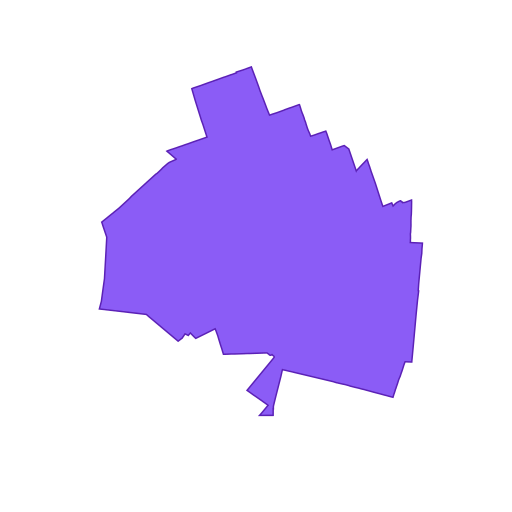 the district of Maglavit, Dolj, Romania, rotated 340°
{"feature_id": "2599482B52050462021094", "entity_name": "Maglavit", "entity_type": "district", "adm_level": 2, "iso_a3": "ROU", "parent_name": "Romania", "parent_adm1": "Dolj", "projection": "albers", "projection_center": [23.135, 44.034], "detail": "fine", "context": "isolated", "style": "filled", "palette": "violet", "viewbox_px": 512, "rotation_deg": 340, "n_neighbors": 0, "source": "geoboundaries", "source_scale": "gbopen_adm2", "svg_char_len": 4965}
<svg xmlns="http://www.w3.org/2000/svg" viewBox="0 0 512 512"><g transform="rotate(340 256 256)"><path d="M366.1,408.9L373.3,393.7L386.7,365.2L392.8,352.5L396.7,344.9L396.9,344.3L396.6,344.2L396.7,343.8L399.4,337.7L410.4,314.5L412.6,310.4L414.5,305.8L416.1,302.4L416.8,300.8L407.4,296.9L405.6,296.1L405.8,295.8L406.3,294.5L406.7,293.4L407.2,292.3L407.7,290.9L408.2,289.4L408.6,288.1L409.1,287.2L409.5,286.4L410.2,284.7L411.0,282.8L411.8,281.0L412.4,279.4L412.8,278.2L413.3,276.9L413.7,275.7L414.1,274.8L415.1,272.3L416.2,270.0L417.3,267.3L418.7,263.7L420.8,258.2L421.3,256.6L418.5,256.6L417.4,256.6L415.9,256.6L414.5,256.6L413.4,256.4L412.6,256.1L412.0,256.0L411.9,255.2L411.4,254.9L411.1,254.6L411.0,254.3L410.9,253.9L410.9,253.6L410.5,253.5L409.5,253.5L408.1,253.7L406.7,253.9L404.5,254.6L402.7,255.5L401.9,255.9L401.7,252.5L392.2,252.8L392.2,250.8L392.3,246.6L393.0,228.7L393.1,218.2L393.1,215.3L393.2,214.4L393.2,213.5L393.2,212.6L393.3,211.7L393.3,210.7L393.3,209.8L393.3,208.9L393.3,208.0L393.3,207.1L393.4,206.2L393.4,205.2L393.4,204.2L393.4,203.5L393.4,203.3L392.6,203.7L392.3,203.8L391.8,204.1L391.3,204.3L390.8,204.6L390.3,204.8L389.8,205.1L389.3,205.3L388.8,205.6L388.2,205.8L387.7,206.1L387.1,206.4L386.6,206.6L386.1,206.9L385.5,207.2L385.0,207.4L384.4,207.7L383.9,208.0L383.3,208.3L382.8,208.6L382.2,208.8L381.7,209.1L381.1,209.4L380.6,209.7L380.0,210.0L379.4,210.2L379.3,210.3L379.8,187.2L376.7,182.4L374.7,182.3L363.9,182.3L364.0,180.6L364.2,176.2L364.2,173.1L364.3,168.7L364.4,165.2L364.3,162.5L362.7,162.5L361.6,162.4L358.9,162.4L356.5,162.3L352.0,162.3L348.3,162.1L348.3,159.4L348.1,156.8L348.0,155.0L348.0,153.3L348.1,150.8L348.2,148.6L348.3,147.4L348.3,145.8L348.2,144.6L348.4,143.1L348.4,140.6L348.4,138.9L348.3,137.7L348.3,136.3L348.3,134.9L348.5,131.7L348.6,128.6L348.3,128.5L348.2,128.5L346.6,128.5L345.0,128.5L343.4,128.5L341.7,128.5L340.0,128.5L338.3,128.4L336.5,128.4L334.7,128.4L332.9,128.4L332.5,128.5L332.1,128.5L331.6,128.5L331.2,128.5L329.1,128.5L328.8,128.5L328.3,128.5L327.7,128.5L327.2,128.5L326.6,128.5L326.0,128.5L325.4,128.5L324.8,128.5L324.5,128.5L324.4,128.5L324.1,128.5L323.9,128.5L323.7,128.5L323.4,128.5L323.2,128.5L323.1,128.4L322.9,128.4L322.6,128.4L321.4,128.4L320.5,128.3L320.1,128.3L319.8,128.3L319.4,128.3L319.0,128.3L318.7,128.3L318.3,128.3L317.9,128.3L317.5,128.3L317.2,128.2L316.9,128.2L316.7,123.6L316.6,120.5L316.6,118.0L316.5,110.6L316.4,107.8L316.3,101.7L316.4,97.8L316.4,93.7L316.4,89.2L316.3,80.1L316.3,76.7L307.3,76.7L300.3,76.4L300.2,76.6L300.2,76.9L300.2,77.2L299.9,77.2L299.3,77.2L298.7,77.2L298.0,77.2L297.4,77.2L296.7,77.2L296.0,77.2L295.4,77.2L294.7,77.1L294.0,77.1L293.3,77.1L292.7,77.1L292.0,77.1L291.3,77.1L290.6,77.1L290.0,77.1L289.8,77.1L289.3,77.1L288.6,77.1L288.0,77.1L287.3,77.0L286.7,77.0L286.0,77.0L280.9,77.0L269.4,76.9L261.8,76.9L254.5,76.7L252.9,76.8L252.4,84.1L252.1,88.6L251.3,105.9L251.1,109.7L251.1,114.3L250.6,127.5L247.8,127.5L236.1,127.3L230.4,127.3L227.8,127.2L224.0,127.2L221.0,127.1L218.6,127.1L214.4,127.0L212.5,126.9L209.1,126.9L208.1,127.0L208.3,127.4L210.8,131.7L211.5,133.0L212.4,134.6L213.2,136.1L213.5,136.5L214.2,137.7L214.1,137.8L212.5,138.0L207.7,138.3L206.5,138.4L204.6,138.9L198.6,141.2L196.4,142.3L193.7,143.5L191.1,144.6L189.9,144.8L188.4,145.4L159.6,157.2L156.2,158.9L148.6,162.1L143.8,164.1L122.6,171.4L122.6,173.3L122.5,174.2L122.2,186.9L122.1,187.5L115.2,203.7L105.8,225.6L100.7,235.2L95.2,245.7L90.7,252.2L133.0,273.4L134.9,276.9L153.7,309.4L157.9,308.1L158.4,308.0L162.7,304.9L165.2,307.5L166.0,307.0L168.0,305.9L168.7,307.5L170.1,310.6L171.1,312.6L171.2,312.8L182.2,311.6L192.7,310.4L192.8,312.7L192.8,315.2L192.8,317.9L192.6,320.9L192.4,324.6L192.3,326.3L192.2,328.8L192.1,332.1L192.0,333.4L191.8,337.2L194.7,338.2L199.2,339.6L202.2,340.7L206.2,342.0L210.8,343.5L214.3,344.6L216.8,345.5L222.7,347.4L225.8,348.4L228.9,349.4L232.2,350.5L233.1,350.8L234.4,352.6L234.7,353.3L235.1,353.9L235.8,354.3L236.6,354.3L237.3,354.1L237.7,354.9L238.5,356.2L238.6,356.7L238.6,357.0L238.5,357.3L238.3,357.5L233.8,360.2L201.6,379.2L203.5,381.9L206.2,385.9L207.9,388.2L215.8,399.6L216.3,400.4L207.4,405.6L204.8,407.0L217.6,411.6L219.9,405.4L220.1,405.5L220.5,404.3L220.9,403.3L221.5,402.3L222.3,401.1L223.1,399.9L226.3,395.1L238.1,377.8L241.5,372.5L242.0,371.8L243.1,372.6L244.3,373.3L259.2,383.1L285.6,400.5L288.3,402.6L288.9,402.9L290.7,404.1L292.1,405.0L293.5,405.9L295.8,407.3L298.9,409.5L299.8,410.3L302.3,412.0L304.5,413.5L306.1,414.5L306.8,415.0L307.2,415.2L308.0,415.8L309.8,417.1L312.0,418.5L313.9,419.9L315.8,421.2L317.9,422.7L319.7,424.0L322.3,425.8L325.5,428.0L327.9,429.7L329.0,430.5L331.1,431.9L332.6,433.0L334.9,434.6L336.4,435.6L337.0,434.8L338.2,433.2L339.2,432.0L340.9,429.8L341.2,429.3L342.2,428.2L343.5,426.5L344.1,425.8L345.7,423.8L347.5,421.4L349.2,419.5L350.3,418.4L352.0,416.2L353.6,414.3L355.0,412.5L356.0,411.2L357.6,409.1L358.6,407.9L359.6,406.7L359.8,406.5L360.0,406.4L366.1,408.9Z" fill="#8b5cf6" stroke="#5b21b6" stroke-width="1.5"/></g></svg>